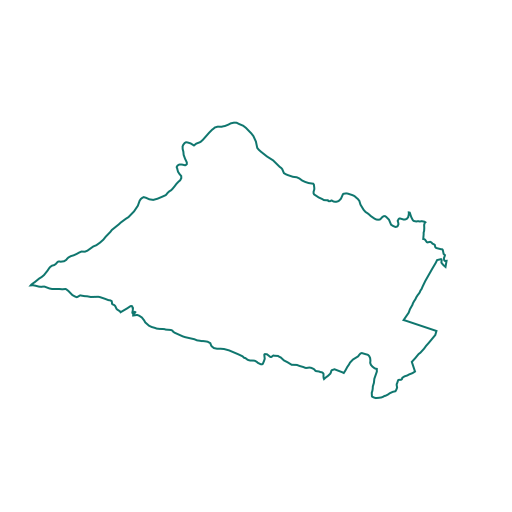 the district of Granada, Cundinamarca, Colombia, rotated 23°
{"feature_id": "7082276B82763830232556", "entity_name": "Granada", "entity_type": "district", "adm_level": 2, "iso_a3": "COL", "parent_name": "Colombia", "parent_adm1": "Cundinamarca", "projection": "albers", "projection_center": [-74.329, 4.525], "detail": "fine", "context": "isolated", "style": "outline", "palette": "teal", "viewbox_px": 512, "rotation_deg": 23, "n_neighbors": 0, "source": "geoboundaries", "source_scale": "gbopen_adm2", "svg_char_len": 6124}
<svg xmlns="http://www.w3.org/2000/svg" viewBox="0 0 512 512"><g transform="rotate(23 256 256)"><path d="M176.6,148.5L175.2,149.4L173.8,150.5L170.2,151.9L167.9,153.8L167.1,155.5L166.3,156.8L164.7,160.8L161.7,169.8L160.4,172.6L159.5,173.6L157.1,175.9L155.7,178.5L151.8,177.9L148.9,178.2L147.2,178.6L146.2,179.8L145.6,182.0L145.6,183.8L146.7,186.2L148.4,188.4L149.9,191.2L152.7,194.2L155.1,196.3L155.8,197.0L156.4,198.5L156.0,199.4L155.3,200.2L152.3,200.7L150.2,201.5L149.6,201.9L149.2,202.3L148.5,203.4L148.2,204.7L148.5,205.6L149.2,206.1L149.8,207.0L151.3,208.9L153.5,210.4L155.9,211.6L156.8,213.5L156.6,216.0L155.7,217.7L154.6,220.6L153.8,223.8L152.9,226.8L152.2,228.6L150.9,230.4L150.0,232.4L149.3,234.9L148.9,235.5L146.4,238.2L142.9,241.8L139.5,244.5L135.6,245.5L132.0,245.4L129.6,245.7L128.6,246.9L127.7,248.5L127.3,250.6L127.6,255.9L126.3,262.6L123.4,270.1L121.7,272.5L118.4,278.1L117.4,280.4L113.1,288.4L112.6,290.5L110.1,297.0L109.1,300.6L107.2,304.6L104.8,308.5L102.5,310.8L98.7,317.0L96.8,318.9L93.6,320.1L91.8,322.0L90.1,324.2L87.9,326.6L85.6,328.5L83.9,330.7L83.2,332.3L82.9,333.6L81.4,335.8L78.4,337.6L77.0,337.9L76.2,338.4L75.7,339.0L74.8,341.6L73.8,343.2L72.0,344.6L70.9,346.4L70.4,347.9L69.8,351.0L68.3,356.4L66.9,359.1L65.2,361.5L62.4,366.8L61.9,367.5L60.4,370.1L60.1,371.1L62.0,370.1L64.7,369.5L68.2,369.0L70.6,368.2L71.5,367.6L73.3,366.8L78.5,366.6L81.0,366.1L87.9,363.2L90.8,362.3L93.5,360.8L94.4,360.8L97.0,361.5L102.2,363.7L105.0,364.0L106.9,364.0L107.6,363.5L109.4,361.1L109.9,360.8L110.7,360.7L114.4,359.8L116.1,359.1L119.9,358.3L126.9,355.1L128.6,354.8L133.7,354.4L137.3,354.3L139.2,353.8L140.7,353.9L141.5,354.9L142.0,356.0L142.6,356.5L144.8,356.6L146.0,357.1L148.2,359.1L149.1,359.5L152.5,360.1L153.3,360.7L157.9,354.5L160.0,351.3L160.6,350.8L161.7,350.7L162.7,352.0L163.0,351.9L163.1,352.0L163.9,354.5L164.2,356.2L164.5,356.7L164.7,356.8L165.3,356.5L165.7,355.9L165.8,355.2L166.2,354.8L166.9,354.9L166.9,355.3L166.4,356.1L166.0,357.6L165.9,358.2L166.2,358.8L169.6,356.7L171.7,356.6L175.0,357.2L178.2,359.0L180.0,360.4L184.8,362.0L187.8,362.1L190.9,361.7L193.0,361.6L195.7,360.8L198.8,359.6L200.3,359.1L201.7,359.0L205.8,357.6L207.2,357.3L208.3,357.4L209.2,358.0L211.0,358.4L220.0,358.6L222.4,358.4L231.8,356.7L234.7,356.7L237.2,356.0L239.1,355.6L240.4,355.0L243.3,354.2L245.0,353.8L248.0,354.1L249.4,355.6L250.4,356.4L253.2,357.2L256.3,356.6L259.6,355.2L263.0,354.1L268.1,353.4L278.2,353.4L282.8,353.6L285.0,354.4L286.1,354.1L288.4,354.7L289.4,354.8L291.5,354.5L294.9,353.1L296.3,352.9L298.3,353.2L299.3,353.6L302.5,353.8L303.8,353.4L304.4,352.6L304.4,349.7L304.2,347.2L302.5,344.2L302.2,343.5L302.3,343.0L303.4,342.5L304.6,342.2L308.6,343.3L309.4,343.1L309.9,342.5L310.4,341.5L310.9,340.8L312.0,340.6L315.3,339.4L316.9,339.7L318.4,339.7L322.5,341.2L326.6,341.5L331.3,342.2L336.2,340.3L339.1,340.2L343.0,339.7L345.1,339.7L346.3,339.3L348.7,337.8L350.5,337.4L352.2,337.4L353.9,337.6L355.4,338.4L356.2,338.5L359.1,337.7L360.6,337.7L362.1,337.3L363.2,337.5L364.2,338.1L365.3,340.8L366.1,342.1L366.7,342.7L367.5,340.9L369.1,338.2L370.4,335.2L370.4,333.6L370.2,332.3L370.4,331.5L372.5,329.6L380.8,329.3L382.5,329.4L383.0,326.6L383.4,322.4L384.0,319.6L384.2,317.4L385.7,313.4L389.2,308.5L389.7,306.5L390.3,304.9L391.3,304.0L395.7,303.5L396.9,303.3L397.9,303.3L399.3,303.9L400.9,305.3L402.2,307.6L402.9,309.8L404.3,311.3L406.3,312.3L409.0,313.0L410.1,313.0L411.3,312.7L412.4,315.2L412.9,322.8L414.1,326.7L414.5,330.4L415.3,332.6L415.8,334.7L416.0,336.7L417.5,339.8L417.9,340.1L419.8,340.2L421.7,340.0L424.2,338.7L426.7,337.2L428.3,335.6L428.9,334.6L429.7,334.2L431.5,332.1L432.8,330.0L435.0,327.6L437.2,326.0L437.4,324.1L437.3,322.0L435.9,319.8L435.6,319.0L435.6,317.3L435.4,315.6L435.5,314.5L436.4,313.9L437.8,313.3L438.4,312.4L438.3,310.9L438.9,310.0L439.7,308.8L441.9,306.9L443.3,305.1L445.4,303.1L446.3,302.0L447.5,300.2L440.8,292.6L442.5,287.8L444.0,282.7L445.1,280.8L446.9,275.7L447.7,272.2L448.9,268.7L451.9,258.7L451.4,254.5L419.5,257.0L416.9,257.3L418.7,248.5L418.5,244.8L419.1,239.6L418.9,238.4L419.2,235.6L419.6,233.7L419.7,231.1L419.9,230.3L420.0,229.3L420.7,226.7L420.9,225.5L420.9,223.5L421.3,221.8L421.3,219.0L421.6,212.8L423.2,199.0L424.1,192.3L424.3,189.0L427.0,187.0L427.5,186.6L427.9,186.6L428.6,187.4L428.9,188.7L429.3,189.7L430.5,190.4L432.2,191.2L434.7,192.0L433.3,186.0L432.2,186.6L431.6,186.7L430.9,186.3L430.1,185.2L429.8,184.2L429.8,182.9L429.6,181.4L427.9,180.8L425.7,177.6L424.9,177.1L423.5,177.5L418.9,178.2L418.3,178.1L417.5,177.7L416.2,175.9L415.0,175.7L413.7,175.7L412.2,175.0L410.8,174.9L408.5,176.5L407.8,176.5L405.2,174.9L404.1,174.8L403.3,175.0L401.9,170.7L401.2,169.1L400.9,167.1L400.0,164.6L398.6,161.6L398.4,159.5L398.7,158.8L397.7,158.6L394.9,159.2L394.1,159.8L392.8,160.4L391.9,160.5L390.9,161.0L390.1,161.6L388.1,162.0L387.4,162.1L386.5,161.8L385.7,161.2L383.8,159.6L381.7,157.3L381.1,156.5L380.5,156.0L379.6,156.2L380.3,157.6L380.9,160.8L380.3,162.8L379.3,163.9L377.9,164.7L373.8,165.2L373.3,165.5L372.9,166.2L372.7,168.3L373.8,169.6L374.7,171.1L374.7,171.8L374.7,173.1L374.2,174.0L373.0,174.8L370.4,174.8L368.1,174.4L364.2,170.6L360.5,169.1L359.2,168.9L358.4,169.2L357.9,169.6L357.1,170.7L356.3,173.0L355.7,174.1L354.2,174.9L352.5,175.4L350.5,175.3L346.1,174.4L343.9,173.6L342.1,173.1L339.7,172.7L337.1,171.5L332.1,167.9L329.6,164.9L327.4,163.7L326.0,163.3L323.7,162.5L322.5,162.3L320.8,162.3L316.2,162.7L314.6,163.1L312.3,164.5L311.9,165.1L311.8,170.1L310.8,172.7L310.3,173.4L308.9,174.6L308.1,175.0L306.5,175.5L305.1,175.5L304.0,175.3L303.6,175.5L303.5,175.8L302.9,176.5L301.6,177.1L301.1,177.1L300.3,176.6L299.8,176.9L296.7,178.0L294.6,177.7L290.8,177.6L285.4,176.6L284.5,175.8L283.9,174.4L283.7,172.5L283.5,171.5L282.8,170.1L281.4,167.7L280.4,167.1L275.9,168.3L272.3,168.6L269.0,168.5L265.7,167.7L262.8,167.6L258.9,168.7L253.5,169.1L251.4,169.1L249.3,168.8L246.2,165.8L244.8,165.1L243.0,164.7L234.4,161.3L227.2,160.1L219.9,158.1L217.0,157.1L214.9,156.0L211.2,150.7L206.7,146.6L203.6,144.9L201.4,144.0L196.7,142.0L193.3,141.1L188.7,141.1L186.1,140.9L183.7,141.8L180.9,143.8L179.3,145.8L176.6,148.5Z" fill="none" stroke="#0f766e" stroke-width="2"/></g></svg>